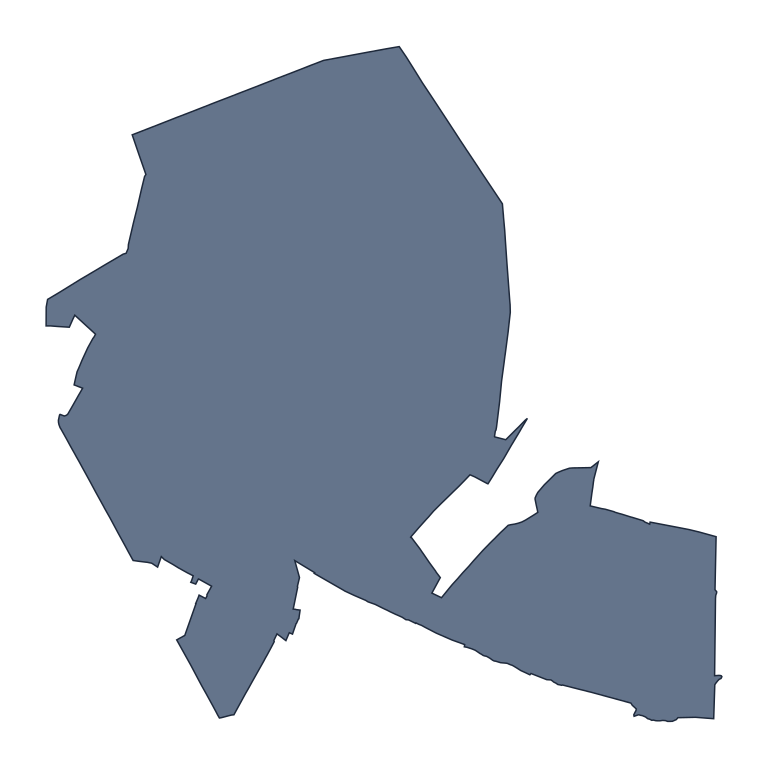 Chimalhuacán, México, Mexico
{"feature_id": "50627088B23248681455683", "entity_name": "Chimalhuacán", "entity_type": "district", "adm_level": 2, "iso_a3": "MEX", "parent_name": "Mexico", "parent_adm1": "México", "projection": "orthographic", "projection_center": [-98.942, 19.418], "detail": "fine", "context": "isolated", "style": "filled", "palette": "slate", "viewbox_px": 768, "rotation_deg": 0, "n_neighbors": 0, "source": "geoboundaries", "source_scale": "gbopen_adm2", "svg_char_len": 5676}
<svg xmlns="http://www.w3.org/2000/svg" viewBox="0 0 768 768"><path d="M510.3,312.3L510.1,304.7L509.8,301.4L509.2,293.4L506.9,262.7L505.4,240.9L504.7,230.2L503.5,217.0L503.4,215.1L503.2,213.2L502.9,209.7L502.4,203.8L493.5,190.4L482.0,173.2L480.3,170.6L478.3,167.5L469.5,154.3L468.4,152.6L466.6,150.0L464.6,146.9L460.4,140.6L457.3,135.8L445.4,117.6L433.9,100.1L422.4,82.8L414.4,69.9L406.3,57.0L399.2,46.6L386.9,48.7L369.9,51.8L354.3,54.7L343.7,56.7L323.6,60.4L310.8,65.3L298.1,70.3L278.9,77.7L266.2,82.7L253.4,87.7L240.7,92.6L227.9,97.6L215.1,102.5L202.4,107.5L189.6,112.5L176.8,117.4L164.1,122.4L151.3,127.4L132.2,134.8L139.0,154.7L145.9,174.5L144.6,176.4L141.4,189.5L137.3,207.5L136.4,211.0L133.5,222.6L128.4,244.5L128.2,248.4L126.1,253.3L123.2,254.1L105.5,264.5L92.4,272.3L80.2,279.5L59.2,292.5L47.6,299.4L46.2,307.1L46.1,325.9L47.0,325.9L50.4,325.9L57.9,326.5L69.3,327.2L72.2,320.7L72.8,319.3L74.8,315.2L95.5,334.2L94.2,336.7L93.7,337.4L92.8,338.6L89.4,344.8L87.7,347.9L86.0,351.6L82.9,358.3L81.6,361.2L80.3,364.4L78.6,368.4L77.1,371.7L75.7,377.7L74.1,384.9L82.6,388.2L80.9,391.2L79.8,393.1L78.5,395.3L77.5,397.1L72.8,405.4L67.8,414.1L66.4,415.3L64.3,416.0L60.1,414.4L59.6,414.9L59.3,416.1L59.0,417.5L58.8,418.5L58.4,420.2L58.5,422.5L58.9,424.4L59.2,425.3L60.1,427.7L61.1,429.3L66.6,439.1L71.0,447.2L74.5,453.4L76.3,456.7L79.1,461.6L82.2,467.3L90.0,481.5L95.2,491.2L98.5,497.2L103.8,506.8L104.4,508.0L110.0,517.9L118.2,533.2L126.2,547.8L128.0,551.2L129.2,553.4L129.6,554.1L133.1,560.5L134.0,560.6L138.8,561.3L145.4,562.1L147.3,562.3L148.7,562.6L151.7,563.2L157.6,567.1L161.3,556.6L164.4,559.6L168.1,561.7L173.0,564.5L178.5,567.9L187.5,572.9L193.2,575.8L191.5,580.9L190.8,582.3L195.7,584.1L198.4,579.0L199.0,579.2L211.6,586.2L206.9,594.7L207.0,596.1L205.6,598.5L199.1,595.1L198.2,597.6L195.7,603.5L196.0,603.6L184.8,635.4L179.7,638.2L176.7,639.9L190.9,665.4L192.7,668.8L198.3,679.4L202.0,686.3L206.1,693.6L213.0,706.2L216.7,713.1L217.5,714.7L219.4,718.0L220.1,717.9L221.7,717.6L228.5,715.8L231.7,715.0L233.9,714.8L245.6,693.4L248.1,689.1L251.7,682.6L263.9,660.9L265.2,658.4L267.2,654.9L271.6,646.7L274.2,641.7L273.9,640.4L277.0,633.9L282.0,637.6L284.4,639.5L285.9,640.6L288.2,635.2L289.3,632.7L290.1,633.1L292.5,634.1L294.0,629.7L295.5,625.4L296.1,623.6L296.5,623.3L298.4,619.0L298.8,618.9L298.9,618.7L299.3,615.5L299.6,613.6L300.1,610.1L296.3,609.6L295.3,609.3L293.2,609.1L293.5,607.7L294.0,605.3L297.7,587.1L297.4,586.4L299.5,577.6L294.8,560.6L314.4,572.5L314.7,572.7L314.2,573.4L344.0,590.5L344.5,590.9L354.4,595.5L364.8,600.0L365.6,600.3L367.9,601.8L375.2,604.4L381.8,607.7L384.9,609.2L387.1,610.2L390.2,611.8L393.4,613.3L395.7,614.4L396.5,614.7L399.2,615.9L402.3,617.3L405.9,619.7L408.5,619.9L415.7,623.4L416.0,622.9L418.7,624.3L421.4,625.3L425.2,627.4L436.2,633.1L452.0,640.0L458.1,642.2L464.7,644.6L464.3,646.8L467.0,647.3L472.2,649.0L475.3,650.3L480.3,653.7L481.2,654.1L482.1,654.7L483.1,655.4L484.5,655.9L486.5,656.3L489.7,658.1L492.6,660.2L494.2,661.0L495.7,661.2L500.6,662.7L506.4,663.2L507.7,663.5L508.9,664.1L510.9,664.9L512.0,665.2L513.5,666.0L516.8,668.0L520.7,670.5L521.1,670.7L525.5,672.7L529.9,674.8L531.0,673.5L546.8,679.7L550.8,679.9L552.5,681.0L553.6,682.0L556.0,683.2L557.8,684.5L559.5,684.8L561.7,685.3L562.5,685.0L579.7,689.4L585.5,690.8L588.0,691.5L591.0,692.2L609.3,697.2L630.9,703.1L632.3,705.3L635.6,708.3L636.3,709.0L636.1,709.9L636.0,710.5L634.6,713.1L634.1,714.2L633.8,714.8L633.9,715.4L634.1,716.3L636.7,715.4L638.1,714.9L638.9,714.8L639.5,715.0L640.5,715.3L642.3,715.6L645.6,717.0L647.7,718.7L649.9,719.3L651.7,720.3L653.4,720.1L655.8,720.7L657.8,720.8L659.9,720.8L662.7,720.4L665.5,720.6L667.6,721.4L669.4,721.4L672.4,721.3L676.3,719.6L677.9,717.7L695.5,717.3L713.7,718.7L714.8,684.7L715.9,683.1L717.8,680.7L719.2,679.3L721.0,678.5L721.9,676.7L721.3,675.8L720.3,675.5L718.8,675.4L714.6,675.7L715.5,598.6L715.7,595.8L715.9,594.8L716.5,593.3L716.7,592.2L716.6,591.5L715.6,590.5L715.0,589.7L716.1,536.7L699.1,532.0L689.2,529.6L678.9,527.6L650.1,522.1L649.7,524.2L647.1,523.0L646.1,522.6L644.8,522.0L643.3,520.8L642.2,520.4L631.7,517.2L631.1,517.1L621.9,514.2L618.9,513.4L614.9,512.2L614.0,511.7L605.2,509.2L601.6,508.6L590.2,505.9L591.5,496.2L591.8,493.8L592.8,487.2L593.5,481.5L593.7,480.6L593.8,479.3L598.3,461.8L590.9,467.6L580.8,467.8L575.1,467.9L574.1,467.9L571.7,468.0L569.4,468.2L567.0,469.0L562.5,470.5L558.4,472.2L555.7,473.5L549.3,479.9L544.4,484.7L537.9,492.3L536.4,495.0L535.1,498.0L535.1,499.4L536.4,505.8L536.7,507.1L537.3,509.8L537.8,512.4L532.8,515.6L529.7,517.5L525.5,520.1L521.8,522.0L518.2,523.2L515.0,524.0L514.5,524.1L510.7,524.7L508.2,525.3L503.6,529.7L501.0,532.1L496.5,536.6L494.9,538.3L492.5,540.6L489.9,543.2L482.9,550.4L479.2,554.5L473.5,560.8L470.4,564.4L469.3,565.7L468.5,566.6L462.8,572.7L458.8,577.3L457.9,578.4L452.3,584.5L450.8,586.3L448.5,589.1L441.5,597.7L431.9,593.1L440.3,577.6L436.2,572.2L435.6,571.1L429.3,562.5L426.3,558.1L423.5,554.0L421.8,551.6L420.0,548.9L412.9,539.5L411.2,537.2L410.2,537.7L412.4,535.1L414.7,532.5L417.1,529.7L417.6,529.1L418.8,527.7L425.3,520.5L425.9,519.8L428.7,516.8L429.7,515.6L433.6,511.1L441.2,503.5L447.8,497.1L451.8,493.2L452.9,492.1L459.0,486.2L462.7,482.4L463.6,481.5L466.4,478.6L470.0,474.8L474.8,476.9L487.5,483.7L488.0,483.8L492.5,476.6L497.0,469.1L503.6,458.8L503.9,458.3L508.2,450.8L511.6,444.9L512.6,443.3L519.9,431.1L521.6,428.1L527.4,418.4L525.2,420.2L518.9,426.7L515.1,430.4L510.2,435.3L506.0,439.5L505.7,439.7L494.7,436.9L494.5,436.6L495.3,431.1L495.5,430.8L495.8,430.4L496.0,429.9L496.5,427.2L499.6,401.9L501.6,381.0L504.0,363.3L504.9,356.2L505.2,354.3L508.2,331.4L508.6,327.6L508.9,324.8L510.3,312.3Z" fill="#64748b" stroke="#1e293b" stroke-width="1.5"/></svg>